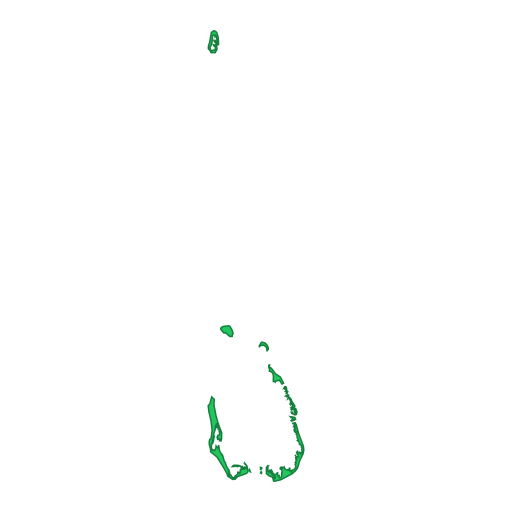 Cocos Islands, Australia
{"feature_id": "25037944B17338277063313", "entity_name": "Cocos Islands", "entity_type": "district", "adm_level": 2, "iso_a3": "AUS", "parent_name": "Australia", "parent_adm1": "", "projection": "equal_earth", "projection_center": [96.875, -12.012], "detail": "fine", "context": "isolated", "style": "filled", "palette": "green", "viewbox_px": 512, "rotation_deg": 0, "n_neighbors": 0, "source": "geoboundaries", "source_scale": "gbopen_adm2", "svg_char_len": 6122}
<svg xmlns="http://www.w3.org/2000/svg" viewBox="0 0 512 512"><path d="M214.1,432.7L215.1,429.8L215.6,425.5L216.1,425.4L216.3,423.9L217.3,423.5L215.5,428.1L217.2,426.9L217.1,425.8L218.3,425.0L217.9,426.7L218.2,429.1L219.3,428.9L219.2,431.0L219.7,430.5L220.1,430.9L219.4,434.4L220.2,433.7L219.0,435.3L218.0,435.3L217.4,436.4L217.8,437.1L217.2,437.5L217.6,437.9L217.4,438.9L217.8,439.4L220.0,439.2L219.6,440.6L220.8,440.2L220.9,441.6L221.6,438.4L221.7,432.8L218.4,424.3L216.1,416.2L213.9,404.7L214.3,399.4L214.9,399.4L214.0,399.2L211.7,396.9L209.8,404.0L208.2,405.7L208.8,411.2L211.1,421.3L212.1,430.4L211.2,437.7L210.7,439.0L209.7,439.5L209.2,441.5L209.3,444.7L210.5,448.9L210.7,451.9L217.1,457.1L223.6,467.5L227.2,474.1L227.7,476.1L231.5,478.7L233.2,479.5L235.3,479.1L237.3,476.7L246.6,473.4L247.8,471.8L248.0,470.9L246.9,465.8L244.5,463.0L244.4,463.6L246.2,465.0L246.4,467.1L245.7,466.9L246.2,467.4L246.2,468.3L244.1,466.8L245.4,468.7L243.0,467.4L244.0,469.2L243.3,469.2L242.5,466.4L241.7,466.6L242.3,467.8L241.2,467.7L241.7,469.2L240.9,469.3L240.9,470.2L240.3,470.3L240.3,472.7L239.6,473.5L238.8,472.2L237.8,472.2L237.7,474.1L235.1,476.1L235.8,476.6L235.6,477.5L234.8,477.2L233.5,478.0L231.9,476.8L230.5,474.5L230.7,475.4L230.1,474.9L229.2,475.6L228.7,474.4L228.9,472.2L229.7,474.2L229.8,473.6L229.1,470.8L228.8,471.3L227.8,468.4L226.8,466.7L226.7,467.2L225.4,462.9L224.2,460.9L222.7,455.6L222.1,455.4L222.1,454.5L221.7,454.5L219.6,450.9L218.7,445.7L217.9,445.7L218.3,445.8L218.0,447.8L216.9,447.5L216.1,446.1L215.8,448.5L214.4,450.7L213.9,450.0L212.6,450.2L212.3,449.5L211.8,449.9L211.4,449.2L211.5,444.3L213.0,439.2L214.1,432.7ZM269.4,472.4L270.0,471.4L269.6,470.6L269.1,471.5L268.0,471.3L268.0,469.9L267.4,469.5L268.0,468.0L267.6,466.2L268.2,465.9L267.7,465.7L266.4,467.7L266.4,473.6L268.8,475.7L272.7,477.3L273.5,480.9L274.3,481.3L281.0,479.7L292.2,473.7L295.3,471.0L297.5,468.1L299.6,461.0L303.0,454.0L303.8,450.2L303.4,446.2L298.7,433.7L296.3,425.0L295.4,424.6L294.0,425.6L293.6,426.6L295.1,426.6L294.5,427.7L295.4,428.4L294.2,429.3L295.0,430.1L293.7,430.4L294.9,430.6L294.3,431.0L294.9,431.7L296.6,431.6L295.6,432.5L297.2,433.2L296.2,434.3L297.1,435.3L297.1,437.6L298.3,439.8L297.3,440.5L299.3,442.3L299.5,444.5L300.8,444.7L301.5,446.2L301.4,447.2L302.1,448.2L301.7,450.1L302.4,450.7L301.7,452.8L299.9,452.4L300.4,453.7L299.0,452.7L297.3,453.2L297.0,454.0L297.7,454.4L298.7,456.8L296.4,456.6L296.9,458.9L296.3,460.7L295.2,462.6L296.0,463.1L295.2,464.6L296.0,467.2L293.8,469.7L292.1,470.3L291.6,471.8L291.2,470.5L290.0,471.0L289.7,469.1L288.9,470.2L288.1,469.6L287.2,470.1L284.8,468.8L284.1,466.9L283.1,467.9L282.5,467.3L281.6,467.7L282.1,468.4L281.3,468.7L282.3,471.8L281.7,472.6L281.6,476.6L280.0,477.9L279.0,477.1L279.1,476.0L278.5,476.5L278.1,476.0L277.5,473.4L277.8,472.3L274.4,475.9L274.4,476.7L275.2,477.1L275.4,478.0L274.5,478.7L273.9,476.7L273.9,473.8L273.1,473.2L272.4,474.8L271.9,474.4L272.4,473.2L271.4,473.1L272.2,471.4L271.4,469.9L270.6,470.4L270.2,472.1L269.4,472.4ZM208.4,46.3L208.4,48.8L210.2,50.7L211.0,52.6L215.1,52.7L216.9,49.6L217.0,47.9L216.0,44.3L215.0,45.2L213.5,44.7L214.0,46.0L215.3,46.8L215.3,50.2L213.3,50.0L211.3,51.2L209.8,47.6L211.5,44.6L212.5,39.3L212.5,35.9L213.4,35.2L214.9,34.9L215.0,36.9L216.2,36.1L217.5,43.0L214.9,40.2L214.0,40.4L214.5,41.8L217.9,45.0L218.6,44.3L218.2,37.2L216.9,32.9L215.7,31.4L213.9,30.7L211.4,32.4L209.6,42.4L208.4,46.3ZM233.1,333.7L232.2,330.3L230.0,326.5L228.9,325.8L223.8,326.3L221.6,327.2L220.7,328.4L221.0,329.7L223.9,333.0L225.4,332.7L230.0,336.6L232.2,336.4L232.4,334.4L233.1,333.7ZM273.4,375.9L273.3,381.5L274.9,381.6L275.2,382.1L275.8,381.0L279.4,380.3L282.0,384.1L283.6,383.2L280.3,377.0L275.5,373.8L271.4,368.2L269.8,367.5L269.3,366.4L269.6,365.0L268.8,365.2L268.8,367.4L269.7,370.0L269.3,371.1L271.8,372.1L273.0,373.9L273.4,375.9ZM260.4,344.6L259.3,345.5L259.4,346.6L260.8,345.5L263.9,345.2L266.3,347.2L267.1,350.7L268.2,349.5L268.3,348.1L267.4,345.4L265.0,343.0L261.9,342.1L260.6,343.2L260.4,344.6ZM291.3,409.5L295.0,409.8L294.6,410.7L295.0,411.1L294.4,411.7L295.6,412.4L294.7,412.5L295.6,413.8L294.6,414.5L293.0,413.6L292.1,412.1L292.1,413.1L291.5,412.8L291.7,413.3L294.8,414.9L296.4,414.4L296.9,411.7L295.7,408.6L293.6,408.7L292.1,407.7L292.4,408.4L291.0,408.1L291.6,409.1L291.3,409.5ZM292.3,402.7L290.0,404.0L290.7,404.8L291.2,404.0L292.7,404.3L292.5,405.0L293.2,405.5L292.3,406.8L293.0,407.4L294.0,407.6L294.7,406.9L294.7,405.6L291.8,401.3L291.1,399.2L289.4,397.3L288.4,397.5L287.9,398.7L289.0,397.9L289.7,399.7L290.7,399.6L290.4,400.3L291.2,401.4L290.4,401.9L290.6,402.7L291.2,401.9L292.3,402.7ZM291.7,417.8L292.9,418.1L292.7,419.2L294.0,420.0L295.6,419.2L294.8,417.4L290.4,416.7L291.4,417.7L292.3,417.3L291.7,417.8ZM232.3,466.6L238.1,466.1L236.8,466.8L239.5,466.0L240.9,466.2L238.6,465.4L234.7,465.2L233.3,465.5L232.3,466.6ZM285.8,389.7L285.3,390.2L286.7,389.3L286.4,387.7L285.7,386.7L284.8,386.6L283.9,388.2L285.6,387.4L285.3,388.9L284.9,388.1L284.7,389.1L285.8,389.7ZM295.8,423.9L295.1,422.7L292.2,423.5L294.7,424.1L295.8,423.9ZM286.3,396.7L286.9,396.8L288.3,396.1L288.6,395.1L287.7,394.7L286.7,395.6L287.4,395.4L287.1,396.1L286.4,395.7L285.6,396.1L286.9,396.5L286.3,396.7ZM260.5,467.3L260.5,469.2L261.7,468.9L261.6,467.6L260.5,467.3ZM292.2,420.4L291.9,419.9L291.1,420.5L291.7,421.1L293.6,420.4L292.7,419.9L292.2,420.4ZM260.5,472.9L261.4,473.5L261.6,472.6L261.1,471.6L260.5,472.9ZM287.0,392.5L286.3,392.5L286.2,393.5L287.1,393.2L287.7,392.0L286.8,392.0L287.0,392.5ZM295.6,456.9L296.1,460.6L296.3,459.3L295.6,456.9ZM249.3,470.2L250.1,471.8L250.4,471.9L249.5,469.7L249.3,470.2ZM213.7,439.3L214.3,436.3L214.0,435.9L213.5,437.3L213.7,439.3ZM285.6,391.3L287.1,391.4L287.2,391.0L286.4,390.5L285.6,391.3ZM212.1,444.1L212.6,443.5L213.1,441.8L212.9,441.7L212.1,444.1ZM281.6,466.6L280.5,467.6L280.1,468.7L280.5,469.0L280.3,468.5L281.6,466.6ZM213.2,441.5L213.5,441.1L213.5,439.6L213.1,440.0L213.2,441.5ZM296.4,453.1L297.5,451.7L297.9,450.7L296.5,452.6L296.4,453.1ZM295.7,456.1L295.1,454.7L295.7,456.3L295.7,456.1ZM288.8,468.0L289.4,468.5L289.9,468.6L290.2,468.8L290.0,468.5L288.8,468.0Z" fill="#22c55e" stroke="#15803d" stroke-width="1.5"/></svg>